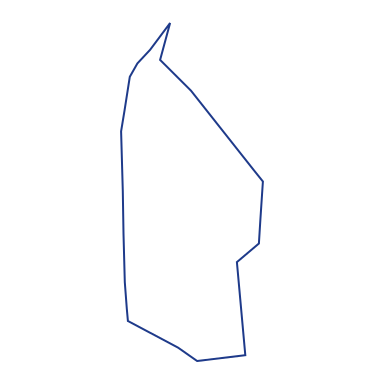 F'Derick, Tiris Zemmour, Mauritania
{"feature_id": "47542326B14226246765401", "entity_name": "F'Derick", "entity_type": "district", "adm_level": 2, "iso_a3": "MRT", "parent_name": "Mauritania", "parent_adm1": "Tiris Zemmour", "projection": "albers", "projection_center": [-12.824, 22.739], "detail": "fine", "context": "isolated", "style": "outline", "palette": "blue", "viewbox_px": 384, "rotation_deg": 0, "n_neighbors": 0, "source": "geoboundaries", "source_scale": "gbopen_adm2", "svg_char_len": 385}
<svg xmlns="http://www.w3.org/2000/svg" viewBox="0 0 384 384"><path d="M127.9,321.0L178.0,347.6L197.1,361.0L245.3,355.2L236.9,262.1L258.9,243.5L260.4,219.3L262.9,181.5L253.6,169.9L191.0,90.7L160.1,59.9L170.1,23.0L150.1,49.8L137.4,63.4L129.8,76.8L124.5,110.7L121.1,131.3L122.8,191.3L123.5,233.7L124.8,282.2L126.8,308.7L127.9,321.0Z" fill="none" stroke="#1e3a8a" stroke-width="2"/></svg>